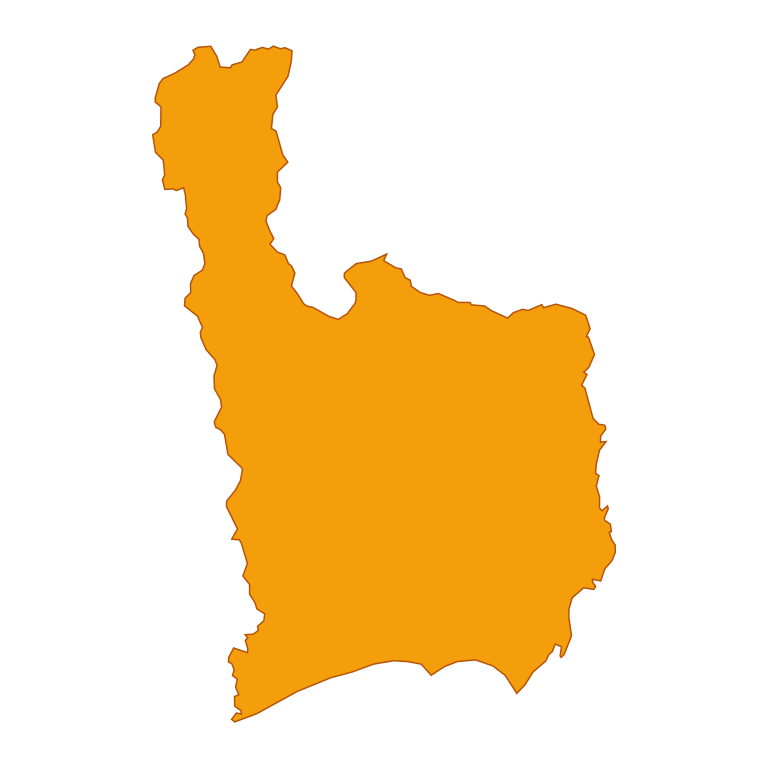 Juana Díaz, Puerto Rico (Natural Earth projection)
{"feature_id": "32010507B98584278063898", "entity_name": "Juana Díaz", "entity_type": "district", "adm_level": 2, "iso_a3": "PRI", "parent_name": "Puerto Rico", "parent_adm1": "", "projection": "natural_earth1", "projection_center": [-66.503, 18.064], "detail": "fine", "context": "isolated", "style": "filled", "palette": "amber", "viewbox_px": 768, "rotation_deg": 0, "n_neighbors": 0, "source": "geoboundaries", "source_scale": "gbopen_adm2", "svg_char_len": 3262}
<svg xmlns="http://www.w3.org/2000/svg" viewBox="0 0 768 768"><path d="M234.8,721.9L256.7,713.7L297.1,691.5L330.6,677.8L345.9,673.7L352.7,671.8L373.3,664.2L378.9,663.2L391.6,661.1L393.9,660.7L399.9,661.1L407.6,661.6L414.6,662.9L417.2,663.4L421.3,664.2L426.6,670.1L431.2,675.3L444.2,666.7L457.1,661.6L475.4,659.9L479.3,661.2L492.9,665.9L505.1,675.3L511.1,684.5L516.8,693.4L525.0,684.8L532.8,672.2L545.8,661.0L548.8,654.5L552.3,651.7L555.2,644.1L561.5,646.8L560.1,656.0L561.2,657.4L564.1,654.5L571.5,635.8L568.8,617.0L568.9,609.1L572.2,597.8L583.7,587.8L593.8,589.4L595.6,586.4L593.2,583.1L592.3,579.2L600.7,581.0L604.8,568.8L612.0,560.6L615.3,552.4L615.2,545.1L611.6,539.7L609.3,532.4L611.4,531.6L610.4,524.2L604.9,520.5L604.3,517.9L608.2,509.0L607.5,505.9L602.0,510.8L599.5,507.9L599.6,497.1L596.3,485.9L599.0,475.6L595.6,473.4L596.3,464.2L599.5,450.2L606.0,441.6L600.4,442.2L600.7,436.0L605.8,429.1L604.8,425.2L598.7,424.2L593.1,418.5L584.9,388.1L581.7,385.1L587.0,374.4L583.8,372.4L588.8,367.4L594.5,354.5L588.5,337.3L586.4,336.5L590.1,328.6L585.6,315.1L572.0,308.5L556.0,304.2L543.6,307.7L541.8,304.6L528.1,310.5L522.5,309.3L513.3,312.7L507.7,318.1L491.2,310.6L484.8,306.0L471.2,304.8L470.3,302.5L458.1,302.4L453.9,300.2L438.4,293.5L429.5,295.3L420.3,292.5L411.5,286.5L410.2,280.2L405.0,277.5L401.3,269.0L395.6,267.7L383.7,260.7L386.7,254.1L371.1,261.2L356.2,263.6L344.4,273.1L344.3,277.6L356.0,292.5L356.0,300.3L355.0,303.5L347.2,313.7L338.2,319.4L328.8,316.3L312.8,307.3L307.1,306.2L303.7,303.8L297.4,293.7L291.4,286.0L294.9,273.0L291.5,266.0L288.4,263.5L284.8,254.9L277.4,252.1L270.0,244.1L273.8,238.6L269.8,230.9L265.9,220.9L267.2,215.6L276.1,209.1L278.1,203.4L279.1,201.6L279.7,200.0L280.7,187.8L277.4,181.8L277.4,172.1L287.8,162.2L282.7,154.7L276.1,131.2L271.4,128.5L271.8,125.2L272.8,114.6L277.5,106.9L275.9,95.1L288.0,76.2L291.3,61.4L292.0,50.7L284.8,47.7L280.5,48.8L273.2,46.1L268.7,49.2L262.4,47.4L254.4,50.2L250.4,49.4L241.9,62.1L232.1,64.8L230.6,67.7L220.2,67.1L216.7,56.2L210.8,46.3L197.9,47.3L193.0,50.3L194.9,54.8L193.4,59.2L188.2,64.9L175.0,73.1L163.0,78.6L159.2,83.7L155.2,98.1L155.3,102.1L161.0,106.9L160.7,126.4L157.2,132.0L152.7,134.8L155.5,152.3L163.3,160.2L164.7,175.2L162.4,179.8L164.8,189.4L173.0,188.9L176.3,190.5L183.6,187.7L185.6,195.8L185.5,197.6L186.7,208.5L185.1,214.1L187.4,217.7L188.0,226.5L193.3,234.0L199.0,239.4L199.6,246.3L203.4,253.1L204.9,263.7L202.5,270.0L194.0,275.6L190.5,283.7L190.7,292.6L185.1,298.2L184.5,305.8L197.5,316.1L202.5,327.5L200.3,332.3L200.9,337.6L206.1,349.6L215.0,359.8L217.1,365.4L214.0,375.8L214.5,388.8L220.5,399.4L221.6,407.0L214.2,421.9L215.8,427.3L220.8,430.0L224.5,434.3L228.0,454.5L241.3,467.4L242.5,469.3L241.4,475.1L240.5,480.6L235.2,490.4L226.7,501.1L226.4,506.4L237.5,528.9L231.8,538.9L231.8,539.2L236.4,539.7L239.2,539.6L241.3,543.0L247.4,563.4L242.9,576.0L249.6,584.6L249.6,594.1L255.2,603.1L255.3,603.7L256.9,608.9L264.7,613.8L263.9,620.7L257.6,626.2L258.3,630.5L253.1,634.2L245.2,634.7L247.7,638.0L245.3,640.4L247.7,648.1L247.5,652.7L233.6,648.0L228.8,657.2L228.4,661.8L231.9,663.8L234.2,669.9L232.5,675.5L237.3,679.1L235.6,687.2L238.8,694.7L234.5,696.5L234.8,706.3L241.1,710.7L241.3,714.0L236.4,713.0L231.6,719.3L234.8,721.9Z" fill="#f59e0b" stroke="#b45309" stroke-width="1.5"/></svg>